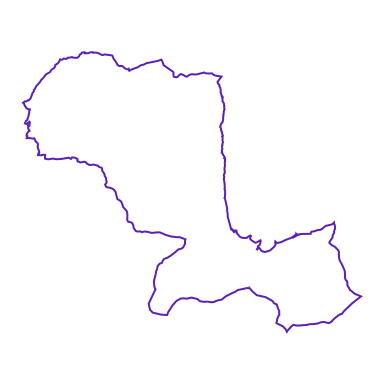 the district of Moisei, Maramures, Romania
{"feature_id": "2599482B59377530755916", "entity_name": "Moisei", "entity_type": "district", "adm_level": 2, "iso_a3": "ROU", "parent_name": "Romania", "parent_adm1": "Maramures", "projection": "mercator", "projection_center": [24.564, 47.623], "detail": "fine", "context": "isolated", "style": "outline", "palette": "violet", "viewbox_px": 384, "rotation_deg": 0, "n_neighbors": 0, "source": "geoboundaries", "source_scale": "gbopen_adm2", "svg_char_len": 5893}
<svg xmlns="http://www.w3.org/2000/svg" viewBox="0 0 384 384"><path d="M286.9,331.8L288.0,330.1L291.4,326.4L293.4,324.8L296.0,325.5L299.6,325.5L307.0,324.9L309.8,324.2L315.0,324.0L316.3,323.6L317.3,323.6L321.1,322.2L324.2,322.0L328.5,323.1L330.0,322.6L331.8,321.4L332.3,320.6L335.1,317.9L339.2,314.8L342.1,313.7L343.8,311.3L352.4,303.1L361.0,296.4L354.5,293.7L351.2,290.7L349.8,290.0L349.5,288.8L347.4,285.3L347.3,281.9L346.9,281.1L345.7,279.9L344.9,277.7L345.1,276.0L344.8,271.5L344.4,270.0L342.2,265.0L339.6,260.2L338.9,257.0L339.1,255.8L338.7,254.4L339.1,252.3L338.2,250.6L338.3,250.2L335.0,246.9L331.7,245.1L329.3,242.8L329.6,241.8L332.5,237.5L332.7,235.5L334.1,232.8L334.0,231.6L334.8,229.3L335.1,227.6L334.7,225.0L334.0,223.3L334.0,222.6L332.0,224.4L325.6,225.9L322.0,228.9L320.2,229.9L317.8,230.0L314.4,231.3L311.4,231.7L310.7,233.1L310.7,233.8L300.4,234.0L298.6,234.6L297.7,234.3L297.4,234.5L298.1,235.0L297.3,235.2L296.2,233.9L296.1,235.5L295.8,236.2L295.4,236.3L295.2,235.4L294.7,236.0L294.5,236.8L293.2,237.6L292.7,237.5L293.1,236.6L291.6,237.7L285.0,240.2L281.1,242.2L277.0,243.0L275.3,241.5L275.1,242.7L275.8,243.7L275.1,245.5L274.1,246.8L270.0,250.5L265.3,251.9L264.2,251.9L261.9,251.1L260.8,250.2L260.1,248.7L259.2,248.0L258.1,248.3L257.3,249.5L256.9,249.3L257.9,247.7L257.9,246.4L259.6,245.1L260.5,242.5L260.7,240.7L260.4,240.3L256.3,242.6L255.2,242.7L251.8,240.5L250.1,238.8L250.1,238.0L250.7,236.7L250.8,235.7L250.5,235.5L248.3,236.5L246.6,238.0L243.1,237.9L240.9,237.4L240.1,236.9L236.7,233.1L236.8,232.3L236.3,231.3L236.4,230.7L236.0,230.7L235.7,231.4L235.1,230.8L234.9,231.5L234.1,232.1L233.3,231.4L233.2,230.5L232.1,229.9L232.6,229.7L232.4,229.4L231.0,228.6L227.7,216.6L227.7,213.9L227.1,210.8L227.2,208.6L225.1,199.0L224.5,198.0L224.8,197.5L225.2,192.7L225.1,190.9L224.5,188.9L224.9,187.3L224.6,186.4L224.7,184.0L223.8,179.0L224.3,176.9L223.8,175.8L224.0,174.3L224.6,173.6L224.8,171.7L224.5,170.2L224.5,168.2L225.0,165.5L224.7,162.8L225.2,161.4L224.9,160.8L225.1,159.0L224.3,158.4L224.8,157.6L224.4,157.2L224.1,156.1L223.0,154.9L222.5,153.3L221.7,152.7L222.0,151.9L221.8,150.4L222.3,149.0L222.0,146.0L222.5,145.3L222.3,144.4L223.0,142.0L222.5,140.9L222.6,137.5L222.2,136.5L222.8,136.1L222.9,135.5L222.2,134.6L222.2,133.1L221.8,132.5L221.9,131.6L221.0,130.1L221.1,129.1L220.5,127.2L220.1,126.9L221.1,123.9L222.5,122.3L222.6,121.4L222.9,120.9L223.2,119.3L223.1,117.4L223.5,115.6L223.2,114.5L223.8,113.4L223.7,111.8L224.2,109.9L224.6,109.3L224.1,107.1L224.3,105.7L224.0,105.0L224.1,103.8L222.5,101.1L222.6,99.4L222.2,98.0L222.8,97.3L222.3,96.3L221.7,96.3L221.0,93.2L220.6,92.7L220.7,90.3L220.2,87.6L219.5,86.7L219.5,85.6L219.2,84.8L217.9,83.4L217.5,82.0L221.4,76.6L215.5,75.6L213.2,74.6L212.1,73.4L207.3,73.5L205.1,73.1L204.3,72.5L197.1,74.3L195.1,74.5L191.5,74.2L189.3,75.0L186.9,76.6L185.3,76.3L183.3,74.9L181.0,74.1L179.8,74.7L177.1,77.2L174.6,77.1L173.8,76.7L173.4,75.1L173.5,72.5L173.2,71.9L163.6,65.2L162.1,60.7L161.3,59.6L157.9,60.9L146.3,63.2L144.3,64.4L140.8,65.3L137.6,67.3L131.8,69.4L129.3,70.8L128.7,68.9L128.3,69.3L126.6,69.2L125.2,68.5L122.2,66.0L119.1,66.0L117.3,64.7L116.8,63.3L113.5,58.5L112.4,55.6L111.9,55.4L104.4,54.4L103.4,54.9L101.9,55.0L98.4,53.2L96.3,52.6L93.3,52.7L92.7,52.6L92.6,52.2L89.6,52.5L88.5,53.2L84.8,53.3L84.6,53.1L85.0,52.5L84.6,52.2L81.7,52.7L81.1,54.0L79.8,54.5L79.3,55.9L78.8,56.6L77.2,57.8L73.5,57.7L71.9,57.1L69.5,57.7L67.9,57.7L66.3,59.0L63.8,58.5L61.9,59.8L60.1,59.4L59.6,60.7L58.1,63.1L55.2,65.1L55.3,66.1L54.9,66.5L54.4,67.8L51.6,69.6L49.9,72.2L46.0,74.3L43.4,77.8L41.0,80.2L40.5,81.3L39.1,83.1L38.5,83.4L38.3,84.0L36.1,86.3L34.8,89.0L33.9,89.9L33.7,91.6L32.3,93.3L32.2,94.0L30.4,98.8L29.0,99.8L28.8,100.3L28.0,100.3L26.0,101.5L24.8,101.4L23.0,102.8L24.1,103.8L24.8,105.7L26.6,108.3L28.3,109.2L29.9,109.4L29.8,110.0L29.4,110.5L29.1,113.5L28.7,114.2L28.6,116.1L27.8,117.9L27.4,119.7L25.8,121.2L24.9,123.4L26.8,124.1L29.3,121.7L29.8,122.3L29.3,123.6L29.7,123.7L29.4,125.8L28.0,125.8L28.4,126.9L28.1,127.9L28.3,128.6L29.6,130.8L28.3,131.7L26.6,134.3L26.6,135.9L27.3,135.9L27.4,136.9L26.8,138.1L29.0,138.0L32.8,138.6L34.3,138.3L35.0,139.6L35.4,141.0L37.7,143.3L38.0,144.8L37.6,146.4L38.2,148.9L38.6,149.6L38.6,150.1L39.1,151.3L39.3,152.4L39.1,153.1L38.5,153.1L38.0,155.1L41.0,155.3L43.7,154.7L45.2,154.9L44.9,156.8L45.1,158.7L48.1,159.3L52.8,158.6L56.5,159.2L60.8,159.0L68.9,157.7L70.2,158.6L71.2,158.8L72.0,157.4L74.9,157.7L77.5,159.0L77.2,159.9L77.7,161.6L78.8,161.6L80.3,162.5L84.2,161.7L86.4,162.6L86.7,163.5L89.6,165.0L93.6,164.6L97.9,165.7L99.4,167.1L101.5,167.7L102.1,168.6L102.2,170.7L104.3,173.7L104.6,174.8L104.5,175.7L106.1,178.2L106.1,179.7L106.7,181.6L106.2,183.3L105.1,184.5L105.9,186.5L107.0,187.3L109.6,187.6L112.7,188.9L113.9,189.7L115.5,191.9L117.4,199.1L120.5,200.9L121.7,202.5L123.1,206.9L126.8,211.3L127.2,212.8L127.4,215.9L127.2,219.9L128.1,221.7L130.9,222.3L132.2,223.1L133.3,225.2L133.6,227.8L135.8,231.0L137.1,231.5L140.3,231.4L141.9,232.2L144.0,231.6L146.4,231.6L151.8,232.9L158.0,232.3L160.2,232.5L166.2,235.1L171.3,236.5L176.9,237.2L179.8,237.2L185.4,239.3L185.0,241.1L185.0,243.9L183.1,247.5L181.4,248.6L178.2,249.5L175.0,252.4L170.5,255.8L167.6,257.6L164.2,258.9L163.2,260.0L161.8,263.0L159.6,263.7L157.8,265.8L156.9,269.5L155.9,271.8L156.0,272.6L155.6,274.6L153.9,281.1L154.3,286.2L155.0,288.5L155.5,289.2L148.7,303.7L150.0,309.7L152.7,312.6L160.9,314.6L167.2,315.0L168.2,312.1L172.8,305.0L176.5,300.9L180.6,298.6L183.3,298.3L186.9,298.7L191.5,297.6L197.3,299.0L199.6,300.9L200.7,301.3L204.2,301.9L207.1,301.6L211.9,302.3L214.2,301.9L215.9,301.0L218.6,300.2L221.8,299.6L225.5,296.5L232.0,293.1L234.8,292.1L237.6,290.1L246.8,288.1L248.8,288.2L249.2,287.7L252.2,291.2L256.8,295.2L265.5,297.1L271.9,300.6L272.8,301.4L274.1,303.3L276.8,304.5L278.0,308.4L279.2,311.0L279.3,315.0L278.4,316.0L277.3,318.8L276.4,323.1L283.0,326.4L285.6,329.2L286.9,331.8Z" fill="none" stroke="#5b21b6" stroke-width="2"/></svg>